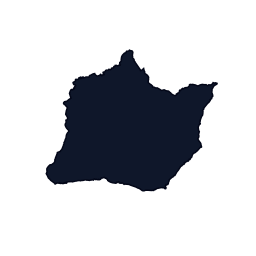 North Efate, Shefa, Vanuatu (Natural Earth projection), rotated 125°
{"feature_id": "77236927B73770222811595", "entity_name": "North Efate", "entity_type": "district", "adm_level": 2, "iso_a3": "VUT", "parent_name": "Vanuatu", "parent_adm1": "Shefa", "projection": "natural_earth1", "projection_center": [168.415, -17.573], "detail": "fine", "context": "isolated", "style": "filled", "palette": "ink", "viewbox_px": 256, "rotation_deg": 125, "n_neighbors": 0, "source": "geoboundaries", "source_scale": "gbopen_adm2", "svg_char_len": 5768}
<svg xmlns="http://www.w3.org/2000/svg" viewBox="0 0 256 256"><g transform="rotate(125 128 128)"><path d="M215.7,155.6L215.3,155.3L214.4,155.0L213.9,154.5L213.3,154.1L212.7,152.5L212.4,152.4L212.0,152.6L211.9,152.1L212.1,151.7L212.1,151.4L211.5,151.1L211.3,150.2L210.9,150.0L210.8,149.3L210.3,149.2L209.9,148.5L209.2,148.1L208.8,147.1L208.4,146.7L208.2,146.7L208.1,146.8L208.7,147.9L208.7,148.2L207.1,146.7L206.3,146.1L204.1,143.2L204.0,142.7L201.3,140.3L200.7,139.5L200.2,139.3L199.6,138.6L198.5,137.0L198.5,136.7L197.9,136.3L197.4,135.5L196.9,135.1L196.2,134.2L195.2,133.6L194.7,132.8L194.4,131.9L194.0,131.4L192.9,129.3L192.2,128.9L191.6,128.1L191.1,128.0L190.8,127.7L190.7,126.6L190.3,126.4L189.2,126.5L188.9,126.2L188.9,125.1L188.2,124.7L188.1,123.8L187.8,123.5L187.6,122.9L187.0,122.7L187.0,122.0L186.7,121.7L186.3,121.5L185.8,121.1L184.1,121.1L183.6,120.2L183.3,120.1L183.0,119.8L182.1,119.3L182.0,119.1L182.2,118.1L182.1,117.6L181.7,117.3L182.1,115.0L182.6,114.5L182.6,114.2L182.6,112.6L182.3,111.0L181.7,109.2L180.2,106.3L179.0,105.6L178.8,105.6L178.7,105.9L177.9,105.0L177.4,104.9L177.3,104.6L177.7,104.3L177.8,103.9L178.0,103.8L177.9,103.2L177.0,101.7L176.3,101.3L176.2,101.0L176.4,98.9L175.9,98.7L175.6,98.2L173.6,94.7L173.4,93.3L171.7,87.3L171.6,85.7L171.3,85.2L171.0,83.1L171.1,80.6L170.9,79.8L170.2,78.8L168.8,77.8L167.5,75.9L165.7,72.9L165.0,72.1L164.4,71.1L163.9,71.0L163.2,71.1L162.7,70.2L162.2,70.0L161.5,70.0L160.8,69.5L158.0,66.8L157.1,65.7L157.0,65.1L156.6,64.9L156.4,64.5L156.5,62.7L156.0,62.3L155.2,62.5L154.7,63.4L154.0,64.2L152.6,64.4L152.6,63.7L152.0,63.5L151.4,63.0L150.2,63.2L149.6,63.6L147.7,64.0L147.1,64.4L146.7,64.5L142.9,63.6L142.7,63.4L142.3,63.1L140.8,63.2L140.3,62.5L140.0,62.4L136.0,62.8L133.5,62.6L129.3,62.8L128.0,62.2L126.5,62.1L125.8,61.4L124.6,61.3L124.4,61.5L124.3,62.0L123.9,62.0L123.5,61.8L123.3,61.4L122.3,61.0L121.4,60.4L120.6,60.4L120.4,59.6L119.0,59.7L118.5,59.9L118.1,59.2L116.1,59.4L115.4,59.1L113.3,59.8L112.5,59.9L111.6,59.9L110.9,59.7L110.5,59.4L109.6,58.9L108.5,58.6L107.7,58.6L107.2,58.2L102.6,57.7L102.2,57.5L101.6,56.9L101.3,56.9L99.9,58.6L99.2,59.2L98.7,60.0L97.5,63.6L96.5,64.7L95.0,64.8L93.8,65.4L92.9,66.5L90.1,67.5L89.4,68.9L87.0,71.0L84.3,71.6L83.8,71.5L83.5,71.2L83.1,71.2L82.8,71.5L82.5,72.2L82.0,72.5L80.7,72.9L80.2,73.3L76.1,74.4L75.1,74.2L73.6,74.8L71.4,76.1L71.0,76.9L69.1,76.8L68.3,77.2L68.2,77.5L67.7,77.3L61.9,76.9L61.2,76.6L60.2,76.5L60.0,76.4L59.0,76.5L58.2,76.5L57.7,76.6L57.6,77.0L57.2,76.7L56.5,76.7L56.1,76.4L55.5,76.8L55.1,76.6L54.6,77.1L54.3,77.2L53.6,76.8L53.3,76.8L52.3,77.7L50.7,79.9L49.2,80.6L48.4,81.3L47.9,81.4L44.5,81.8L42.8,81.2L41.1,80.4L40.5,80.5L40.3,80.8L41.0,82.6L41.7,82.8L41.8,83.0L42.0,84.3L43.3,84.2L44.9,84.6L45.2,84.9L46.4,86.7L47.5,86.9L47.8,87.3L47.7,88.9L48.7,90.2L49.7,92.2L51.3,93.6L53.0,94.5L53.6,95.1L54.2,97.8L54.8,98.9L55.0,99.7L55.1,100.0L55.8,100.4L56.2,101.5L56.8,102.2L57.4,102.4L58.6,101.8L59.7,102.2L60.4,102.2L62.3,104.4L64.1,105.1L64.2,105.9L65.0,105.9L65.3,106.4L67.4,106.6L67.5,107.3L68.3,107.1L69.2,106.5L69.9,106.4L70.5,107.0L70.8,107.2L71.5,107.3L71.9,107.1L72.3,107.8L73.1,107.4L74.5,107.9L74.9,109.1L75.2,112.0L74.7,113.4L74.8,114.3L74.5,115.9L75.7,118.2L75.9,120.0L76.1,120.4L77.8,121.8L78.1,122.5L78.1,124.4L78.4,127.1L79.2,128.0L79.4,128.5L79.5,129.7L80.0,130.8L80.5,131.3L79.6,131.9L79.3,133.9L79.4,135.4L79.2,137.3L78.8,137.8L76.7,139.0L76.2,139.1L75.4,139.9L74.6,140.2L73.7,142.2L73.6,144.5L73.8,145.3L73.5,145.8L72.4,146.5L71.7,147.8L70.3,149.3L72.0,149.7L74.5,150.5L73.9,150.6L73.3,151.2L70.4,159.0L70.1,160.3L69.7,160.4L69.6,161.3L68.3,162.5L68.0,164.3L67.8,164.6L66.8,165.2L66.0,166.1L63.3,167.4L62.8,168.1L62.6,168.5L62.6,169.1L63.2,170.2L63.4,171.5L64.3,171.5L64.9,171.8L65.9,173.2L66.6,173.2L67.3,172.8L67.8,173.0L68.2,173.5L68.8,173.6L68.9,173.9L71.7,174.3L73.5,174.0L75.7,172.9L76.8,172.1L77.9,172.0L79.1,172.3L80.1,171.7L80.5,171.1L80.6,170.5L81.1,170.4L81.9,171.6L83.1,172.0L83.3,173.4L84.1,174.4L84.9,174.0L85.7,174.8L87.1,174.5L88.3,175.7L88.6,175.8L89.5,175.4L90.5,176.0L90.8,177.3L91.8,177.3L92.2,177.7L92.8,178.7L93.4,179.2L94.5,179.3L95.5,179.2L96.4,180.3L96.8,180.3L97.4,179.7L97.5,178.4L97.8,178.1L98.2,178.2L98.9,179.2L100.1,179.3L100.4,180.0L100.3,180.4L99.7,180.8L99.8,181.3L101.3,181.4L101.9,182.0L103.0,182.8L103.2,183.3L103.2,185.0L102.9,186.0L102.5,186.5L103.2,187.2L104.3,188.0L106.0,188.7L106.6,189.3L107.6,189.5L108.9,189.2L109.4,190.3L110.4,191.7L110.8,192.0L111.3,192.1L112.5,193.1L112.5,193.3L111.9,193.7L112.0,194.1L112.2,194.3L112.5,194.5L113.0,194.3L113.9,194.4L114.8,195.2L114.8,195.5L113.4,195.7L113.4,195.9L115.2,197.0L115.8,196.6L116.7,196.5L117.3,197.6L117.8,197.8L117.9,198.5L118.1,198.7L119.0,198.6L119.6,198.0L120.4,198.0L121.6,198.9L122.2,199.1L123.0,198.3L123.5,197.2L122.9,196.1L123.0,195.5L123.6,195.1L124.1,195.4L126.1,195.3L125.6,194.9L126.0,194.5L126.8,194.5L128.1,195.1L128.6,195.4L128.8,196.3L129.4,196.6L130.7,196.5L133.2,195.8L136.3,191.8L138.9,192.9L141.1,193.3L141.7,194.1L142.3,194.1L142.6,194.8L142.9,195.1L144.1,195.2L144.7,195.0L145.3,193.8L145.1,192.7L145.7,191.0L146.0,189.3L149.0,188.5L152.5,186.9L153.9,183.8L154.6,183.1L155.2,182.8L156.9,182.8L157.3,183.3L158.1,182.5L159.1,181.8L160.6,181.7L161.6,181.2L162.6,179.8L163.3,178.3L163.8,176.3L163.9,175.4L164.6,174.6L165.0,174.5L166.2,174.7L167.4,174.7L169.1,174.4L172.1,172.9L173.1,172.9L175.3,172.1L176.6,172.1L177.3,171.4L178.7,171.2L179.2,170.9L183.6,169.9L185.5,170.2L186.0,170.0L188.6,171.8L189.6,171.3L194.2,170.2L194.8,169.9L196.0,169.7L197.2,168.8L198.1,168.7L199.0,168.6L201.4,169.4L202.2,169.8L202.8,170.7L205.0,171.2L207.6,171.2L208.5,170.7L210.5,169.1L212.2,168.8L212.6,168.2L213.1,167.0L214.6,164.5L214.8,162.7L215.2,161.2L215.3,156.4L215.7,155.6Z" fill="#0f172a" stroke="#020617" stroke-width="1.5"/></g></svg>